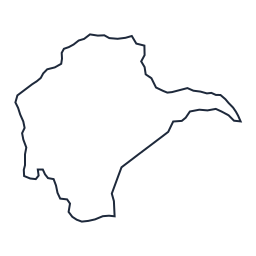 Moita Bonita, Sergipe, Brazil (Mercator projection)
{"feature_id": "56859067B54025844291619", "entity_name": "Moita Bonita", "entity_type": "district", "adm_level": 2, "iso_a3": "BRA", "parent_name": "Brazil", "parent_adm1": "Sergipe", "projection": "mercator", "projection_center": [-37.333, -10.599], "detail": "fine", "context": "isolated", "style": "outline", "palette": "slate", "viewbox_px": 256, "rotation_deg": 0, "n_neighbors": 0, "source": "geoboundaries", "source_scale": "gbopen_adm2", "svg_char_len": 1225}
<svg xmlns="http://www.w3.org/2000/svg" viewBox="0 0 256 256"><path d="M114.6,216.3L113.9,201.1L111.8,193.6L118.3,175.9L121.5,167.3L138.3,154.5L157.0,140.4L168.2,131.9L173.2,121.5L181.8,120.9L185.7,117.7L189.9,111.5L199.3,109.7L207.5,110.4L215.8,108.9L221.5,111.5L228.6,115.3L234.0,120.7L240.6,121.4L238.1,115.7L235.9,111.7L233.1,107.6L228.6,103.0L225.4,99.2L220.5,95.0L215.8,94.9L211.4,92.9L206.9,93.4L200.5,91.6L193.4,90.7L187.4,88.1L172.0,92.1L167.3,92.6L163.1,90.9L156.0,87.5L151.4,78.2L145.7,74.4L144.6,67.1L141.2,61.4L144.6,55.1L144.4,45.6L136.3,43.6L131.8,36.0L125.5,37.8L117.6,38.8L109.3,38.1L104.3,35.3L97.8,35.6L90.0,34.4L84.1,38.9L78.7,40.5L73.6,44.5L68.8,47.1L63.9,48.8L61.7,52.9L62.0,58.7L61.2,63.8L54.8,67.4L47.2,69.3L43.2,73.4L40.8,77.9L37.0,81.1L32.1,84.3L17.4,95.4L15.4,102.4L18.1,107.9L20.2,114.5L23.3,121.5L24.6,127.9L22.1,133.2L23.3,139.5L26.3,147.5L25.0,154.3L25.0,160.2L25.0,165.2L23.8,169.8L24.1,176.0L30.2,178.5L35.8,179.1L38.6,175.6L37.8,169.5L42.8,169.5L45.0,174.3L48.0,178.1L53.6,179.1L56.0,185.5L57.5,192.8L60.2,198.6L67.1,199.4L70.0,203.6L68.6,211.9L72.3,216.8L76.7,219.7L81.8,221.6L88.3,220.9L95.0,219.4L102.8,216.2L109.0,215.7L114.6,216.3Z" fill="none" stroke="#1e293b" stroke-width="2"/></svg>